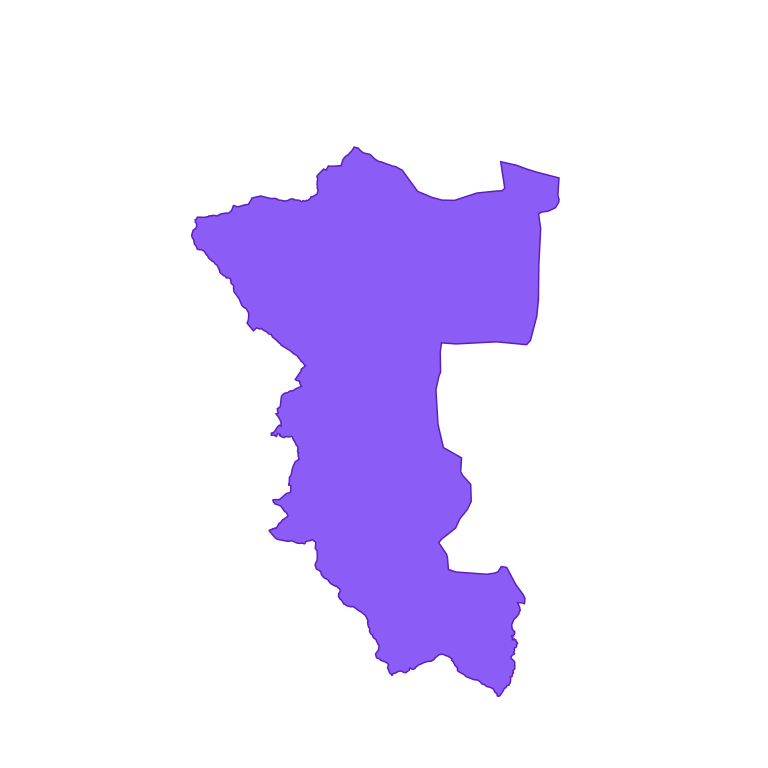 the district of Buciumeni, Dâmbovita, Romania, rotated 115°
{"feature_id": "2599482B58085044870447", "entity_name": "Buciumeni", "entity_type": "district", "adm_level": 2, "iso_a3": "ROU", "parent_name": "Romania", "parent_adm1": "Dâmbovita", "projection": "mercator", "projection_center": [25.46, 45.165], "detail": "fine", "context": "isolated", "style": "filled", "palette": "violet", "viewbox_px": 768, "rotation_deg": 115, "n_neighbors": 0, "source": "geoboundaries", "source_scale": "gbopen_adm2", "svg_char_len": 6159}
<svg xmlns="http://www.w3.org/2000/svg" viewBox="0 0 768 768"><g transform="rotate(115 384 384)"><path d="M317.2,623.4L317.2,622.6L317.5,622.1L320.2,620.4L322.1,620.4L324.3,621.3L325.1,622.0L330.1,621.2L331.8,620.3L333.8,617.4L337.5,614.8L337.9,613.1L340.7,610.2L340.4,608.2L339.4,606.0L339.7,602.8L341.8,599.8L342.5,597.9L343.8,596.5L345.4,591.4L345.3,589.8L346.6,587.6L346.7,585.7L350.2,581.5L350.0,581.3L352.2,580.0L352.5,579.2L353.5,575.1L353.4,573.3L354.5,571.8L353.4,569.3L353.8,567.4L357.5,565.0L358.0,562.7L358.6,561.8L361.3,560.6L363.8,558.9L368.1,551.2L372.7,546.3L373.9,543.2L373.7,541.1L376.7,536.9L378.7,535.7L383.5,534.0L386.7,533.8L391.0,524.8L386.9,523.2L386.8,520.2L385.5,518.4L386.2,516.6L386.3,512.4L387.3,509.8L386.8,507.2L388.6,504.8L389.4,501.2L391.1,496.4L391.7,494.0L392.3,493.7L393.5,482.6L394.7,479.0L395.1,474.9L397.1,470.8L398.4,468.9L398.8,466.5L400.1,464.7L400.7,462.9L405.8,465.3L407.3,464.6L417.4,466.4L417.7,464.4L417.1,461.6L419.0,460.5L420.3,459.1L420.9,457.7L425.2,461.6L428.9,463.9L429.0,464.6L430.3,466.4L432.7,467.8L434.3,470.2L436.9,471.4L438.8,471.7L447.7,468.7L449.1,468.7L451.6,470.3L455.3,467.5L456.7,469.3L459.0,464.9L461.2,462.3L461.1,461.8L465.6,459.5L465.4,461.0L465.6,461.5L467.7,462.4L472.8,463.0L474.8,463.8L476.1,465.3L478.0,464.5L476.9,462.3L477.0,459.3L473.8,459.5L473.5,456.8L474.9,456.8L475.1,453.0L474.6,451.6L473.6,451.2L473.0,450.4L472.1,447.6L470.4,445.5L471.1,444.2L472.6,442.9L474.5,439.8L476.3,437.9L477.5,435.3L481.6,433.9L482.6,432.9L482.4,432.4L484.4,432.0L488.3,429.2L491.9,431.6L496.5,431.6L500.4,431.1L505.9,429.7L508.5,430.3L512.4,428.6L515.9,427.7L515.3,426.0L515.5,425.5L521.0,423.1L522.4,423.5L524.0,425.7L525.1,426.5L532.9,429.9L535.4,435.0L536.2,435.7L537.9,434.1L537.9,433.0L538.8,432.6L538.3,428.8L538.3,425.8L541.6,420.1L541.5,418.6L543.6,415.7L544.6,415.3L549.5,418.1L549.8,418.5L554.4,419.5L554.4,420.2L560.2,420.7L560.2,421.4L562.6,424.1L563.1,423.9L564.6,425.9L565.5,426.1L569.3,418.1L569.9,415.3L567.4,405.1L566.6,403.3L565.0,401.6L565.0,396.0L564.4,393.8L562.7,390.4L562.6,388.7L562.1,388.3L559.9,388.3L558.7,387.1L556.9,384.2L555.3,383.4L556.4,378.8L561.9,376.9L563.8,373.9L569.3,371.2L572.1,370.2L576.1,370.2L577.6,369.7L580.3,367.0L580.3,364.7L580.8,362.5L581.3,361.6L583.1,360.3L584.5,357.8L585.0,356.0L585.2,351.4L586.1,351.0L586.4,349.7L587.4,348.2L587.8,342.6L587.3,342.0L587.5,340.7L588.1,340.0L588.3,337.9L589.4,336.6L590.6,336.1L593.1,336.5L596.0,335.3L597.7,332.7L597.8,331.2L600.4,327.4L600.1,325.8L600.6,324.9L600.7,324.0L599.9,319.7L599.0,318.5L598.8,317.0L600.1,311.2L600.3,308.2L601.7,302.8L605.3,298.5L606.5,298.3L608.6,297.1L610.9,295.2L611.7,293.6L614.0,292.8L615.4,291.3L616.3,289.5L616.4,288.4L618.2,286.7L618.6,285.6L619.0,283.4L622.6,279.2L623.2,277.8L627.3,276.6L632.3,277.6L634.6,275.7L635.3,274.9L635.1,272.7L635.2,271.2L635.8,270.4L635.4,265.7L635.6,263.0L636.5,261.3L639.5,261.0L643.0,257.3L643.7,256.3L643.8,255.1L644.7,253.9L644.6,253.5L642.0,253.1L641.3,251.5L639.0,250.0L637.7,248.6L636.9,247.1L637.0,244.1L636.7,242.7L636.2,242.1L632.6,240.2L630.4,240.5L630.5,238.1L630.2,236.7L628.7,235.7L627.6,235.6L624.4,234.1L619.1,229.6L616.4,226.3L615.6,224.4L612.7,222.3L610.3,221.8L605.7,219.4L604.0,216.3L604.0,213.2L603.7,210.9L604.3,206.4L605.9,206.0L606.3,204.2L609.1,200.5L609.9,198.4L609.9,197.6L612.6,196.4L613.1,195.4L613.6,188.5L614.5,185.8L614.0,177.7L613.0,174.7L612.8,173.2L613.5,170.3L614.5,168.3L614.0,165.7L614.7,163.6L614.5,161.3L614.1,160.6L614.1,157.0L614.5,155.5L616.2,153.5L616.7,152.4L616.8,150.7L618.5,149.9L618.9,149.2L618.6,148.1L617.3,147.1L610.7,146.2L609.2,146.3L608.5,146.1L607.9,145.2L605.1,145.0L604.2,143.5L601.4,143.4L598.7,144.2L596.9,145.0L596.3,145.8L595.0,144.3L592.5,145.0L591.4,145.1L591.1,144.6L589.7,145.9L588.7,145.9L587.4,145.2L586.4,145.3L580.7,148.1L579.4,151.0L579.0,152.8L577.8,153.5L575.3,153.1L573.8,151.8L573.0,151.9L572.5,153.1L570.5,153.1L568.4,154.2L567.9,154.2L567.0,153.1L566.0,152.9L563.9,153.6L562.5,153.4L561.8,154.3L561.8,155.2L560.1,156.6L560.6,157.4L560.1,158.2L561.2,158.5L561.5,159.6L559.4,160.0L559.1,161.5L558.6,161.8L557.8,161.7L557.5,160.0L556.2,160.5L555.8,160.1L555.0,160.4L554.3,160.2L553.8,161.0L552.9,161.1L553.1,162.2L551.5,164.5L548.3,166.5L542.3,166.8L539.8,165.6L535.3,164.6L533.8,165.0L531.9,164.8L531.1,165.1L530.2,166.1L529.0,166.6L525.8,170.5L524.0,166.3L523.7,163.8L518.7,165.7L515.9,169.1L510.1,179.8L498.4,195.3L499.9,200.6L505.8,201.2L508.5,203.6L513.0,210.5L523.9,239.1L524.9,247.2L514.7,253.0L511.9,255.3L504.7,267.3L500.4,266.3L484.3,258.2L474.2,258.3L462.3,255.4L453.6,255.3L438.3,263.0L433.7,273.9L431.2,277.4L418.2,282.5L416.5,303.3L397.8,318.0L367.3,334.5L353.3,337.6L349.4,337.7L331.5,346.4L322.4,349.3L317.3,335.8L298.2,299.8L288.1,271.4L282.5,269.7L257.9,274.2L242.5,279.6L210.2,294.2L177.1,307.6L164.4,315.9L161.4,313.6L158.0,308.3L151.8,303.1L145.7,302.4L142.8,303.3L139.8,306.0L123.3,312.5L127.6,335.9L128.9,345.8L129.7,355.9L133.2,372.2L155.5,357.3L159.1,358.7L161.3,363.2L171.8,380.7L187.8,397.7L192.8,409.1L194.6,419.5L195.2,435.0L182.6,457.7L182.1,464.9L182.5,467.4L183.0,468.4L183.0,471.2L183.4,473.6L183.8,479.9L184.5,483.3L184.0,487.2L181.8,493.7L183.3,500.5L182.2,504.6L181.1,507.0L181.9,511.2L185.7,511.6L191.3,513.4L193.8,515.0L197.6,516.1L204.2,515.2L207.3,520.6L209.8,525.7L209.8,526.6L214.7,526.9L214.7,529.6L223.3,532.6L224.7,532.4L225.6,531.0L231.4,529.1L232.4,528.2L234.9,527.2L236.3,525.6L240.0,524.9L243.8,527.4L245.3,529.3L246.8,529.2L249.7,530.4L250.4,532.0L251.5,532.5L251.8,533.0L251.8,534.4L252.2,535.0L253.6,535.8L253.8,536.4L253.2,538.1L255.0,543.2L254.6,544.5L255.8,546.8L258.2,548.7L259.6,550.3L260.2,552.0L260.7,552.7L260.8,554.5L261.9,557.3L261.4,559.6L262.2,562.2L263.2,563.7L263.9,565.7L265.7,575.1L267.5,577.6L271.4,582.4L273.3,582.2L278.6,582.9L280.6,586.0L285.2,591.3L285.5,592.2L285.5,594.8L286.0,595.9L291.5,595.4L292.4,596.2L293.5,596.1L294.6,597.0L295.5,597.9L295.5,598.8L298.2,603.0L299.6,604.5L302.2,606.1L302.8,608.6L303.8,611.0L304.4,611.0L305.5,613.6L306.8,614.0L307.6,615.8L308.4,616.2L311.7,623.7L313.9,623.7L315.0,624.6L316.1,623.7L317.2,623.4Z" fill="#8b5cf6" stroke="#5b21b6" stroke-width="1.5"/></g></svg>